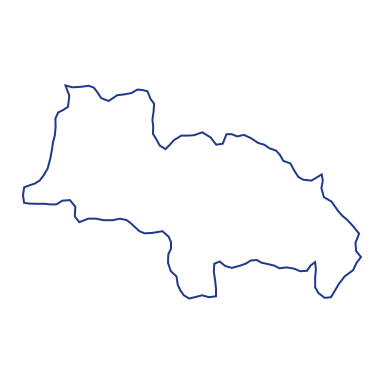 Tocos do Moji, Minas Gerais, Brazil
{"feature_id": "56859067B62274754199579", "entity_name": "Tocos do Moji", "entity_type": "district", "adm_level": 2, "iso_a3": "BRA", "parent_name": "Brazil", "parent_adm1": "Minas Gerais", "projection": "natural_earth1", "projection_center": [-46.147, -22.358], "detail": "fine", "context": "isolated", "style": "outline", "palette": "blue", "viewbox_px": 384, "rotation_deg": 0, "n_neighbors": 0, "source": "geoboundaries", "source_scale": "gbopen_adm2", "svg_char_len": 1888}
<svg xmlns="http://www.w3.org/2000/svg" viewBox="0 0 384 384"><path d="M279.5,268.3L286.5,267.4L294.2,268.7L300.1,271.2L307.0,270.8L310.7,265.4L315.1,262.1L315.9,269.6L315.1,278.0L315.2,287.5L318.4,293.0L324.7,297.9L331.0,297.2L334.5,291.3L338.5,284.5L344.6,276.4L353.1,270.2L356.6,262.7L361.0,257.0L356.1,251.1L355.5,242.7L359.1,233.6L352.2,225.2L346.5,219.2L342.2,215.7L338.3,211.2L335.1,206.7L331.4,201.5L323.9,197.2L321.4,188.1L322.8,180.6L321.7,174.4L317.0,177.3L311.4,180.6L303.2,179.7L298.2,176.8L294.2,170.5L290.4,163.4L283.3,160.9L280.0,155.0L276.2,150.7L269.3,148.2L264.2,144.7L258.2,143.0L251.2,138.3L244.0,134.9L237.1,136.4L231.7,134.2L226.5,134.2L222.7,143.7L216.2,144.7L210.7,137.5L202.3,132.3L194.1,135.2L188.2,135.6L181.3,135.6L174.0,140.1L169.4,145.2L165.5,149.1L159.8,145.6L156.0,138.7L153.0,133.9L153.2,126.1L152.4,119.9L153.6,111.4L154.1,103.7L150.5,98.9L147.5,91.3L142.4,90.0L137.4,89.6L131.5,93.0L124.9,94.3L117.3,95.2L108.6,101.0L101.2,98.1L97.4,92.3L93.9,87.7L88.9,85.8L81.0,86.8L72.6,87.3L65.5,85.5L69.3,95.8L68.0,106.8L63.0,110.1L58.1,112.5L55.4,118.6L55.6,126.7L54.9,135.2L53.0,142.3L51.9,149.9L50.4,158.2L47.6,168.6L43.6,175.4L39.8,180.4L34.7,183.6L29.8,185.2L24.1,187.4L23.0,195.3L24.1,202.8L29.3,203.6L37.4,203.8L44.8,203.8L50.2,204.4L56.5,204.4L62.2,200.7L69.9,200.1L75.3,206.7L74.8,216.4L79.3,222.2L88.1,218.7L96.3,218.7L103.6,220.2L112.7,220.2L119.7,218.7L126.5,220.0L130.9,223.3L135.3,227.4L139.4,231.2L144.5,233.3L152.4,232.9L162.5,231.2L168.7,236.8L171.0,242.1L171.0,248.6L168.3,254.4L168.0,262.9L170.7,271.0L176.5,276.5L177.8,285.1L180.5,290.5L183.8,295.3L189.2,298.5L196.0,296.9L202.1,295.3L208.9,297.2L216.0,296.3L216.0,288.6L215.2,281.0L213.8,271.8L214.3,263.7L219.7,261.5L225.2,266.0L231.8,267.9L239.7,265.8L246.0,263.5L250.8,260.5L256.8,260.0L261.5,262.7L266.3,263.7L274.3,265.6L279.5,268.3Z" fill="none" stroke="#1e3a8a" stroke-width="2"/></svg>